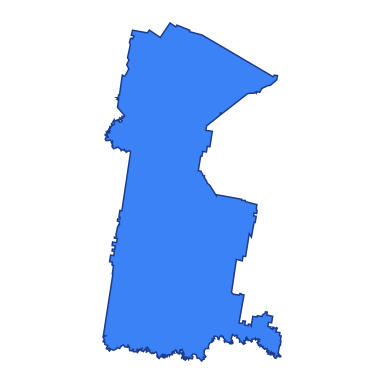 outline of Federation, New South Wales, Australia
{"feature_id": "25037944B19057969948609", "entity_name": "Federation", "entity_type": "district", "adm_level": 2, "iso_a3": "AUS", "parent_name": "Australia", "parent_adm1": "New South Wales", "projection": "albers", "projection_center": [146.287, -35.462], "detail": "fine", "context": "isolated", "style": "filled", "palette": "blue", "viewbox_px": 384, "rotation_deg": 0, "n_neighbors": 0, "source": "geoboundaries", "source_scale": "gbopen_adm2", "svg_char_len": 6086}
<svg xmlns="http://www.w3.org/2000/svg" viewBox="0 0 384 384"><path d="M103.4,335.4L105.5,335.9L102.9,337.0L104.6,339.8L103.4,340.5L103.3,341.9L104.7,341.8L104.9,344.4L107.8,345.6L106.3,348.5L107.2,349.2L109.3,348.1L109.8,348.9L108.8,350.3L109.4,351.0L110.7,349.2L113.5,350.2L116.4,348.9L117.3,347.5L119.7,348.5L120.7,346.6L123.2,344.9L125.0,347.0L126.0,346.4L127.2,347.4L127.8,347.1L128.1,345.2L129.0,346.2L129.7,350.6L132.5,350.9L133.0,350.1L132.6,349.3L133.0,349.2L133.5,351.7L136.6,351.8L137.4,352.5L138.4,351.4L136.7,350.2L137.2,349.2L139.3,350.2L140.4,348.7L142.0,348.4L141.0,350.6L143.5,351.6L143.7,350.5L144.8,350.5L145.0,349.3L147.2,347.1L148.6,349.0L146.6,349.4L146.4,352.0L149.8,350.4L149.9,352.3L151.9,353.6L152.4,352.5L153.8,353.4L156.1,351.9L157.3,354.5L156.9,356.0L158.2,356.3L157.4,357.2L159.1,358.5L162.2,354.3L163.3,354.6L161.9,355.0L162.4,356.0L162.1,357.0L163.5,357.6L163.6,356.4L165.1,354.6L166.1,355.9L164.8,356.6L165.0,357.5L165.8,356.7L167.1,356.9L167.5,355.0L168.9,354.7L169.3,356.1L170.3,354.5L172.4,354.7L172.0,353.1L174.2,353.0L172.7,351.7L173.5,351.3L174.3,352.0L175.7,349.8L176.7,351.1L176.6,352.6L178.0,352.4L178.1,353.6L179.3,354.0L180.5,352.8L179.6,352.1L180.2,351.3L179.8,350.0L181.6,349.6L180.7,350.9L182.4,350.5L183.5,352.2L181.6,353.0L181.5,353.9L182.2,354.3L183.7,353.5L184.0,354.9L182.4,355.1L182.4,356.0L183.6,356.7L181.9,357.2L181.7,358.3L183.6,357.6L183.7,359.3L185.4,360.1L186.1,359.3L184.9,359.2L184.9,357.8L185.8,356.9L186.0,358.5L186.7,358.8L187.6,357.7L188.6,359.5L189.3,357.4L190.3,358.6L192.3,358.8L192.9,356.7L191.4,356.0L192.9,354.0L194.6,354.0L196.2,354.8L197.2,358.4L199.0,358.0L201.7,361.0L202.6,359.7L204.1,359.2L203.3,357.4L204.8,357.8L205.9,356.6L204.1,354.5L204.3,350.1L205.9,348.5L208.6,348.5L208.4,345.9L209.5,343.2L212.5,341.8L211.7,341.1L212.4,340.4L212.3,339.3L213.4,340.2L213.3,338.8L214.7,338.7L213.9,336.6L214.9,336.0L217.5,336.9L218.0,339.0L218.9,339.6L219.9,336.4L221.5,335.6L221.9,336.8L223.3,336.5L223.3,338.0L225.1,339.6L224.1,340.7L224.5,341.9L225.1,341.0L225.8,341.8L226.7,341.3L227.3,342.2L229.1,342.2L229.6,343.7L232.0,343.8L233.0,343.1L232.6,341.6L231.6,342.5L230.3,342.1L232.2,340.5L231.2,338.8L232.5,334.4L234.8,336.2L236.6,335.1L237.2,336.2L236.6,337.7L238.1,337.9L239.6,339.5L239.6,342.0L240.8,341.4L243.6,344.3L245.0,343.4L243.8,342.9L243.7,342.3L244.8,341.9L244.1,340.7L245.8,340.4L245.8,338.2L246.7,337.2L247.4,338.1L246.6,338.6L246.5,339.9L247.7,339.3L248.1,340.5L249.8,340.3L251.6,341.9L252.3,341.2L251.6,339.3L254.2,339.1L255.2,338.1L255.6,339.6L256.1,338.8L257.0,339.3L258.2,338.7L259.6,339.6L257.8,340.8L259.0,341.5L257.1,342.6L258.3,343.9L258.3,345.1L258.9,345.6L259.9,344.7L260.5,345.2L260.3,346.4L261.3,345.5L261.8,346.5L263.1,346.5L262.5,347.5L264.6,349.3L265.2,349.0L265.0,347.7L265.6,348.7L267.1,348.8L266.9,350.5L268.9,350.7L268.7,351.6L266.9,351.8L267.6,352.8L268.7,352.8L268.2,354.1L269.6,354.0L270.2,354.9L271.5,354.6L270.5,352.6L271.2,351.7L271.8,354.0L272.6,352.8L274.3,353.4L272.7,354.8L274.4,355.0L273.8,356.4L275.1,358.2L276.0,358.2L277.3,356.4L276.1,355.3L280.0,357.0L280.8,356.5L280.4,355.5L278.8,355.1L279.0,354.1L278.0,353.9L279.6,345.3L280.3,345.4L280.9,341.2L280.3,341.1L281.1,335.9L279.5,335.6L279.9,332.6L275.6,331.9L277.3,328.1L276.4,327.6L275.9,328.6L273.0,327.1L272.6,328.0L273.5,328.5L273.0,329.5L270.5,328.2L270.9,327.0L267.8,326.5L268.6,322.3L271.6,322.8L272.7,316.4L266.8,315.0L267.3,312.1L265.5,311.8L265.4,312.8L262.4,315.2L262.2,316.5L257.3,315.7L257.0,317.1L252.8,316.4L251.2,326.2L250.1,324.3L248.4,324.1L248.2,325.7L244.6,325.0L245.5,321.2L243.0,320.8L242.3,323.5L239.0,323.0L244.0,294.9L240.8,294.3L240.9,293.6L239.9,293.5L239.2,295.1L233.3,294.2L231.5,292.4L236.4,259.4L242.3,260.9L243.0,256.1L245.6,256.5L249.3,233.6L251.4,237.1L254.1,222.3L255.2,222.5L256.2,216.3L253.6,215.9L254.0,213.0L256.7,213.5L257.1,211.0L256.3,208.6L256.9,204.6L246.4,201.9L245.0,201.3L245.2,200.5L241.6,200.3L241.7,199.3L216.4,194.7L216.3,195.7L209.9,185.5L207.0,182.9L206.8,181.5L204.3,177.5L204.5,175.8L203.1,175.6L200.9,171.1L198.3,170.7L200.6,156.3L202.0,156.2L202.7,151.5L206.4,152.0L207.3,146.3L209.9,146.8L212.3,131.3L205.9,130.4L206.6,125.9L220.1,115.1L220.4,113.1L221.3,113.3L221.1,114.3L247.8,93.5L254.2,93.1L255.3,92.5L256.1,93.1L255.9,92.1L256.9,92.3L257.0,91.6L259.6,92.4L262.0,88.4L267.6,85.7L270.4,85.3L276.7,79.8L277.5,75.6L274.4,75.1L273.0,76.7L201.9,34.9L189.5,31.7L189.7,30.2L176.9,25.1L175.8,26.9L170.0,23.0L160.3,37.5L149.3,30.1L147.4,32.9L132.6,30.2L131.3,35.3L134.1,36.0L132.4,38.9L131.2,38.1L130.5,38.6L129.4,42.7L130.4,44.5L127.5,57.9L129.0,59.9L126.7,64.6L128.8,68.9L125.2,75.7L123.8,76.1L122.3,75.1L119.5,94.9L118.5,95.0L118.6,96.5L117.8,97.6L116.7,97.7L118.5,98.6L117.1,99.5L118.6,100.2L117.5,107.3L124.5,115.5L124.6,116.4L122.0,116.3L122.0,118.0L122.8,118.1L122.1,118.7L119.9,117.8L120.0,119.2L122.1,120.8L121.0,122.1L119.5,122.2L118.8,119.4L117.5,120.1L117.8,120.8L116.7,120.8L116.7,120.2L114.3,121.0L114.1,119.8L112.8,122.0L114.1,122.7L114.3,124.5L113.0,124.9L111.9,123.5L111.3,123.9L111.7,126.1L110.8,126.7L110.5,127.8L109.8,127.0L109.5,129.7L108.8,129.4L108.8,130.2L109.8,130.8L109.7,132.2L107.6,130.9L106.9,131.6L107.7,132.5L106.5,132.1L107.1,133.9L105.9,134.2L106.6,134.6L105.3,135.2L106.7,136.5L107.6,136.1L108.2,137.2L106.0,137.6L105.2,139.4L106.0,140.6L108.5,140.6L109.8,139.8L111.4,141.3L112.3,141.2L111.7,142.1L112.2,142.5L111.4,142.6L112.4,144.3L112.0,145.4L112.8,145.9L112.1,146.8L113.7,148.8L117.9,147.1L120.5,149.0L121.2,150.7L122.5,149.6L124.0,150.3L124.5,149.6L125.2,151.1L126.0,151.0L126.2,152.2L129.3,150.6L130.6,152.0L121.9,210.7L119.9,210.4L118.9,217.1L120.1,217.2L119.8,219.2L117.7,218.9L117.4,221.1L119.4,221.5L119.5,224.6L118.7,224.5L118.0,226.9L117.6,226.8L115.9,235.0L116.4,235.6L116.0,237.4L114.4,237.1L114.3,238.1L117.3,238.6L116.7,242.6L112.6,242.0L112.1,245.5L115.2,246.0L114.7,249.4L112.4,249.1L112.1,251.0L114.4,251.4L114.2,252.8L113.7,255.6L110.6,255.1L109.6,261.7L112.3,262.1L112.0,264.4L112.5,264.5L112.4,265.5L113.5,265.7L112.3,273.9L112.9,274.0L103.4,335.4Z" fill="#3b82f6" stroke="#1e3a8a" stroke-width="1.5"/></svg>